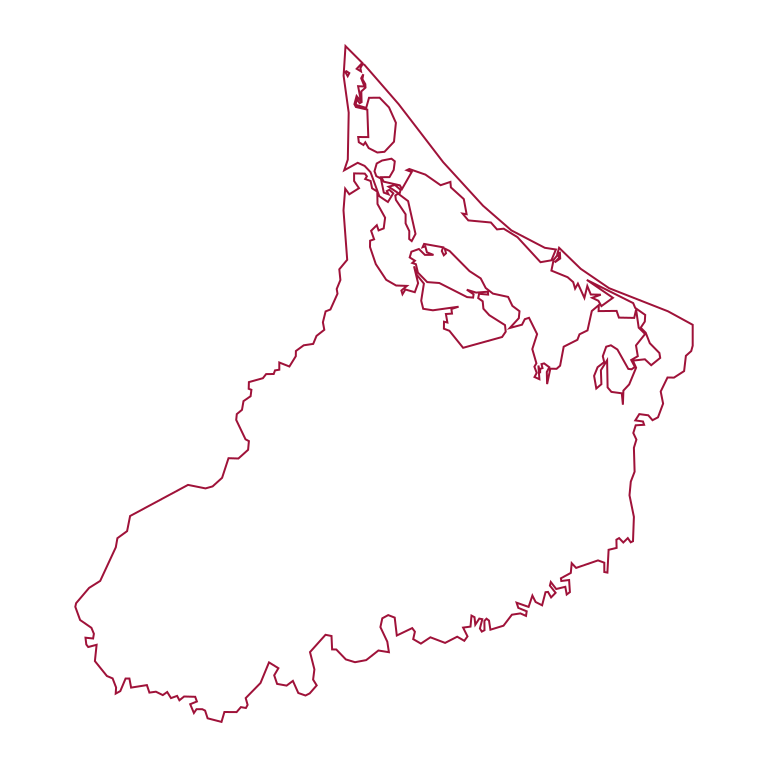 Puerto Lempira, Gracias a Dios, Honduras
{"feature_id": "27666195B20969327250579", "entity_name": "Puerto Lempira", "entity_type": "district", "adm_level": 2, "iso_a3": "HND", "parent_name": "Honduras", "parent_adm1": "Gracias a Dios", "projection": "equal_earth", "projection_center": [-84.066, 15.172], "detail": "fine", "context": "isolated", "style": "outline", "palette": "rose", "viewbox_px": 768, "rotation_deg": 0, "n_neighbors": 0, "source": "geoboundaries", "source_scale": "gbopen_adm2", "svg_char_len": 6093}
<svg xmlns="http://www.w3.org/2000/svg" viewBox="0 0 768 768"><path d="M343.5,210.4L347.2,259.8L339.3,269.3L340.4,280.0L336.7,289.0L337.5,293.7L330.4,309.5L325.6,311.4L322.9,322.3L324.3,329.8L316.5,335.9L313.2,343.9L303.7,345.3L295.9,351.0L295.8,356.2L289.4,366.5L279.3,362.5L279.3,369.7L275.0,370.4L273.7,374.0L266.1,374.1L262.9,378.2L248.9,382.1L248.7,388.8L251.4,389.8L250.6,396.2L243.5,401.1L242.0,409.8L236.8,414.1L236.2,419.9L245.5,439.3L248.9,441.1L248.1,449.8L238.4,458.5L228.5,458.2L222.1,477.8L212.6,486.4L205.5,488.4L188.0,484.9L130.1,516.0L127.1,531.1L117.4,538.2L115.8,547.3L100.2,580.9L89.1,587.9L76.1,603.2L75.3,606.8L80.1,620.0L91.4,627.8L93.9,633.8L93.1,638.5L85.5,637.7L86.3,644.5L88.2,647.0L96.6,644.8L94.9,661.1L106.9,676.0L112.6,678.4L116.1,687.5L115.7,693.6L120.3,691.1L125.6,678.5L129.4,678.5L131.1,687.6L146.9,685.1L149.4,692.6L155.9,691.7L162.8,695.1L167.2,692.0L171.0,698.1L177.1,695.9L179.4,700.3L184.1,696.5L195.2,696.8L196.9,701.5L190.2,704.2L193.9,713.0L196.5,709.2L202.3,709.2L205.1,710.6L207.6,718.3L221.5,721.9L224.4,712.0L236.6,712.1L240.9,707.1L245.9,708.0L247.6,704.9L245.7,698.1L260.5,683.0L269.0,662.4L278.4,668.2L274.2,675.3L277.1,683.9L286.6,685.6L292.9,680.9L298.3,693.0L305.5,695.5L309.7,693.4L316.7,685.4L313.1,679.6L314.4,669.4L310.0,652.1L325.5,634.8L331.5,636.0L332.1,649.4L336.3,649.5L345.8,659.4L355.0,662.2L366.2,660.1L378.4,650.5L388.9,652.2L387.3,641.7L380.4,627.1L382.3,618.3L388.2,615.1L394.7,617.6L396.8,635.5L412.2,628.1L414.9,631.7L413.2,639.1L420.9,643.6L430.4,637.3L445.1,642.9L457.2,636.7L464.3,640.8L467.5,636.4L463.1,627.6L470.5,626.6L471.5,615.6L474.5,617.2L475.3,624.7L479.3,618.6L482.3,619.2L479.9,628.5L481.8,631.6L484.5,630.2L484.4,620.9L486.5,618.7L489.0,620.6L490.4,629.7L503.5,625.7L511.9,614.7L520.4,613.4L526.0,615.9L526.7,611.3L518.3,607.9L516.6,602.7L528.6,606.9L532.4,595.6L535.6,602.0L542.1,605.3L545.5,592.2L548.0,591.9L551.1,597.4L555.6,592.8L549.9,585.6L550.8,582.0L556.2,589.0L565.3,586.8L566.7,594.5L569.9,592.1L569.1,580.0L561.3,581.0L560.9,578.3L570.8,572.9L571.7,563.2L576.1,567.9L598.0,560.4L604.3,562.7L604.3,572.0L607.4,572.6L608.6,549.8L616.6,547.9L616.4,539.7L619.1,538.1L623.3,542.5L627.8,538.1L630.7,542.3L633.0,541.2L633.9,516.9L629.5,495.3L630.8,481.6L634.6,471.7L633.9,447.8L636.4,439.6L633.3,433.0L635.7,425.3L644.1,424.8L643.0,421.5L635.3,420.4L639.3,414.1L648.3,415.3L652.5,420.2L658.0,417.3L663.1,403.6L660.7,391.5L667.5,377.5L674.0,377.6L684.1,371.1L685.9,355.8L691.2,351.1L692.7,345.7L692.7,324.8L668.0,311.3L609.1,288.2L580.7,268.8L559.1,247.8L557.5,253.3L559.9,252.7L560.2,258.5L554.7,262.4L559.1,257.8L557.9,254.5L553.6,259.9L551.4,270.6L567.6,277.2L573.2,282.1L575.1,288.6L577.9,283.6L584.4,297.9L587.3,286.0L590.8,294.5L600.8,294.7L592.2,297.8L598.4,300.8L601.4,306.1L612.9,297.8L586.8,279.9L633.2,303.1L635.2,307.9L645.2,314.9L644.8,321.6L640.7,327.7L645.7,332.7L649.8,343.2L659.4,353.0L660.2,357.9L651.2,365.2L644.9,359.3L632.9,360.6L636.1,367.7L629.2,384.4L623.4,390.6L622.9,404.7L621.8,393.3L611.4,391.9L607.6,387.4L607.1,360.3L600.9,370.2L601.4,384.2L596.3,388.5L594.1,375.9L597.6,367.2L604.2,362.1L602.8,356.2L606.2,346.7L610.9,345.3L617.4,349.5L628.3,368.9L631.6,369.3L634.9,366.9L631.2,360.0L637.8,356.2L636.0,345.4L645.1,334.0L638.7,327.7L636.1,309.6L634.2,317.9L618.9,317.6L616.6,310.9L598.6,311.1L598.8,305.1L591.8,311.0L587.5,330.4L579.5,334.3L577.4,339.8L563.7,346.7L560.1,365.7L556.6,368.8L550.3,368.7L547.1,384.1L546.8,372.0L549.3,367.2L544.1,363.4L541.5,364.1L542.5,368.1L540.2,368.8L540.1,373.2L538.4,365.5L539.4,379.2L534.5,377.0L536.7,372.9L534.4,366.7L536.4,363.3L532.3,349.1L537.1,334.1L529.0,317.8L524.8,319.2L522.0,324.7L509.8,328.0L518.8,318.2L519.5,311.2L512.4,305.9L508.1,296.9L492.9,293.6L485.7,288.0L480.7,278.4L469.5,271.1L449.6,251.0L444.8,248.6L446.0,253.3L443.8,255.3L441.8,251.0L443.1,247.3L424.1,243.9L422.6,247.2L425.3,246.3L426.9,252.3L433.5,254.9L424.9,254.9L418.9,249.0L411.4,251.7L409.7,257.4L414.9,260.7L412.3,263.0L415.9,264.2L417.9,272.6L427.2,282.1L439.3,283.0L467.1,297.1L473.1,297.6L473.6,294.3L466.8,289.7L476.1,292.6L487.9,291.7L488.1,294.6L479.1,293.8L478.2,298.1L482.7,301.3L483.4,308.7L489.3,315.2L505.0,325.1L505.7,331.7L502.1,337.0L463.1,347.8L449.4,330.8L443.9,328.7L444.0,321.7L447.4,322.5L445.9,314.0L452.0,313.6L451.4,309.0L458.6,306.7L432.9,310.3L423.2,308.8L421.2,300.7L423.9,283.6L416.7,274.7L414.0,266.3L418.1,283.2L414.8,292.2L405.4,289.5L402.5,294.2L401.4,290.5L406.9,285.9L396.1,285.5L386.2,279.8L375.8,264.1L370.0,247.0L370.1,240.7L374.1,239.3L371.1,230.8L376.8,225.2L378.6,230.4L383.7,228.4L385.1,217.7L377.5,204.0L377.3,191.6L372.1,188.3L370.6,181.0L365.2,179.0L366.9,176.3L364.8,173.6L354.1,173.4L354.1,181.0L359.0,188.2L349.3,194.3L345.2,188.7L343.5,210.4ZM345.5,46.1L343.6,75.7L348.7,112.6L347.8,159.6L344.2,170.3L357.7,162.8L364.6,165.9L370.5,172.1L379.3,196.2L387.9,202.0L393.3,193.3L389.3,189.8L386.8,191.1L388.5,194.3L383.8,192.6L380.9,178.6L376.3,176.1L374.5,171.2L376.7,163.5L382.1,160.5L391.5,158.7L394.8,161.3L393.7,169.9L389.5,177.1L381.2,177.2L383.8,181.7L399.8,185.3L402.0,189.0L411.7,172.0L406.8,170.2L409.3,169.0L425.4,174.6L440.6,185.2L450.4,181.9L450.9,187.4L463.8,199.1L466.6,214.2L462.6,213.6L468.3,220.4L490.9,222.5L497.0,229.4L503.7,228.7L517.5,237.2L540.5,262.2L551.4,260.3L555.9,249.5L544.8,247.8L511.4,230.4L483.1,205.8L443.2,162.2L398.6,104.1L364.5,64.9L362.7,63.9L360.4,68.1L361.0,71.4L356.7,68.8L362.3,62.9L345.5,46.1ZM363.3,74.3L362.4,79.1L365.3,84.1L365.5,87.6L361.3,91.4L361.6,102.1L359.7,103.2L356.6,99.1L355.7,104.8L366.2,107.9L369.0,97.8L379.6,97.7L389.0,107.4L395.9,122.8L394.0,141.7L384.5,151.8L377.3,152.5L368.7,148.1L365.3,142.3L363.4,145.0L358.8,142.2L358.2,137.0L368.3,137.1L367.3,109.6L355.9,107.0L354.4,104.2L356.6,96.0L361.0,101.3L358.1,86.2L364.5,86.5L361.2,78.2L363.3,74.3ZM349.3,73.1L347.7,76.2L345.2,71.8L346.4,71.2L349.3,73.1ZM408.1,201.1L398.1,193.6L395.3,195.5L395.9,199.9L405.6,214.3L405.6,223.4L409.3,231.1L409.2,239.0L411.7,241.1L415.5,233.9L408.1,201.1ZM400.6,189.9L395.0,185.0L388.6,186.7L399.5,193.9L400.6,189.9Z" fill="none" stroke="#9f1239" stroke-width="2"/></svg>